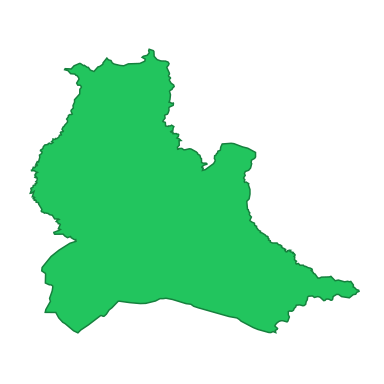 the district of Siakago, Eastern, Kenya, rotated 87°
{"feature_id": "3690345B46140582355746", "entity_name": "Siakago", "entity_type": "district", "adm_level": 2, "iso_a3": "KEN", "parent_name": "Kenya", "parent_adm1": "Eastern", "projection": "equal_earth", "projection_center": [37.759, -0.504], "detail": "fine", "context": "isolated", "style": "filled", "palette": "green", "viewbox_px": 384, "rotation_deg": 87, "n_neighbors": 0, "source": "geoboundaries", "source_scale": "gbopen_adm2", "svg_char_len": 6011}
<svg xmlns="http://www.w3.org/2000/svg" viewBox="0 0 384 384"><g transform="rotate(87 192 192)"><path d="M304.5,344.9L305.2,334.3L310.8,331.6L315.3,327.9L316.9,325.5L324.4,317.5L326.7,313.3L324.0,310.3L319.3,302.4L310.6,289.7L310.7,288.7L311.5,287.2L311.4,286.2L309.5,283.9L305.4,280.9L303.4,278.0L297.3,271.5L297.2,270.4L299.2,260.0L300.7,249.5L300.8,244.0L298.9,234.1L296.8,229.5L297.0,226.5L296.7,223.6L298.3,217.1L303.2,203.7L304.0,199.0L306.2,196.3L308.0,191.7L318.3,161.5L320.1,153.8L321.7,151.5L323.5,149.8L330.6,137.9L332.7,133.4L336.3,122.7L336.5,120.6L335.6,118.4L336.8,115.7L334.6,116.1L333.6,114.1L332.7,113.7L330.4,116.1L329.6,116.1L327.6,114.5L325.8,112.0L325.2,109.8L325.3,108.0L326.7,103.9L326.1,103.1L321.9,101.3L319.8,102.2L316.6,102.1L315.9,100.8L316.3,99.1L316.1,98.0L315.3,96.8L313.6,96.0L312.2,94.4L310.5,93.8L310.4,90.2L311.4,87.2L311.3,86.1L310.2,84.4L307.4,83.7L305.7,82.5L302.9,82.0L302.2,81.1L302.1,77.1L303.7,75.3L303.0,72.0L303.3,70.8L303.8,69.6L307.4,66.1L307.2,64.8L306.0,63.6L306.0,62.5L306.2,60.9L307.4,58.9L307.3,58.0L306.8,57.3L303.8,56.5L301.8,52.9L302.0,50.9L304.3,48.1L305.9,40.4L302.9,36.3L302.7,33.9L300.8,32.7L300.0,30.4L298.8,30.7L298.1,32.8L295.7,34.9L295.3,36.0L293.3,35.7L289.6,38.1L289.9,39.5L289.3,41.3L289.7,44.3L287.6,50.5L288.1,53.7L283.5,57.7L284.0,59.2L283.8,67.3L284.6,69.0L284.5,70.8L280.4,73.4L279.6,75.0L278.8,75.0L276.7,77.0L276.3,75.9L275.1,76.3L274.2,77.9L273.7,79.9L272.2,82.4L272.2,83.5L270.9,84.7L270.8,87.9L268.9,89.6L269.4,91.4L269.0,92.0L267.3,92.0L266.6,91.3L265.0,93.2L262.2,92.8L261.7,93.4L260.3,92.3L259.0,93.1L258.6,94.4L257.7,94.0L256.8,96.8L256.0,97.6L255.4,96.7L255.2,97.6L255.6,99.5L256.4,99.7L256.8,101.1L255.5,102.2L254.9,101.4L254.1,101.6L254.2,102.5L253.4,102.8L252.4,104.8L251.5,105.6L250.8,105.1L249.6,106.4L249.1,108.4L247.4,109.7L247.2,114.2L246.0,116.5L244.7,116.4L244.1,118.0L242.9,117.6L242.3,118.4L240.8,118.4L240.2,119.0L240.0,120.2L238.8,121.0L236.6,124.1L236.0,125.9L234.8,125.6L233.6,127.6L230.7,129.5L229.6,129.3L228.7,131.1L226.4,131.3L225.1,133.9L223.5,135.8L220.1,134.0L218.1,135.6L217.3,135.9L215.7,135.4L214.5,136.4L212.6,136.7L212.2,137.5L204.2,137.8L201.9,135.3L197.1,134.2L192.5,134.0L187.8,135.3L186.7,134.9L184.9,137.4L185.1,139.0L184.2,139.3L182.4,138.6L181.1,139.7L180.4,139.6L178.2,138.0L176.3,138.7L174.3,137.7L173.3,134.3L171.2,132.3L166.8,130.9L165.8,131.4L163.3,130.9L161.7,127.7L160.3,126.7L155.8,126.5L151.2,134.0L149.6,139.2L145.9,147.6L145.4,150.4L145.6,159.3L148.8,161.0L151.8,161.5L152.6,164.0L154.5,164.5L154.8,165.4L156.4,166.2L157.0,167.5L159.9,167.9L160.7,167.3L162.3,167.3L164.8,169.0L170.4,177.6L171.0,180.4L168.8,179.5L168.0,180.9L167.3,180.7L165.7,178.4L165.1,175.7L164.4,175.7L163.9,176.5L163.8,179.5L163.0,180.9L159.2,180.8L158.7,181.5L155.8,182.2L154.5,184.2L153.4,184.5L152.2,185.6L149.0,190.7L148.7,192.4L149.5,196.9L149.4,198.0L147.9,199.9L147.9,202.7L148.6,203.3L148.6,204.1L146.4,204.2L144.7,202.3L140.1,202.2L140.0,200.3L138.3,202.0L137.3,204.2L135.7,202.7L134.0,202.3L133.5,202.8L133.5,204.0L132.9,204.4L132.7,208.0L131.2,207.8L130.9,208.8L131.3,209.6L130.7,210.1L129.3,207.8L127.5,207.6L125.7,206.7L124.2,208.9L124.9,210.1L124.8,211.9L125.3,212.3L124.7,214.9L121.1,215.0L120.1,217.4L119.2,217.1L116.8,215.0L114.1,215.3L113.6,214.7L113.0,212.5L111.6,211.6L109.3,210.7L106.7,210.7L106.0,210.1L104.5,206.3L102.9,205.9L102.2,206.0L102.4,207.6L101.4,208.9L101.1,210.2L98.6,209.2L93.8,208.4L90.3,209.2L89.5,208.7L88.5,206.6L87.4,206.1L85.8,204.3L84.2,204.7L82.2,207.2L79.4,208.7L78.5,208.7L77.1,207.5L76.5,207.7L75.5,209.2L74.6,209.4L72.9,208.3L72.1,208.4L66.2,210.7L63.9,208.7L62.6,208.2L61.0,209.1L59.9,211.6L59.5,216.2L58.0,219.9L54.5,222.7L49.6,222.7L48.8,223.3L47.2,227.3L48.6,227.9L50.7,227.4L53.1,229.5L53.9,233.5L54.9,234.8L56.9,231.7L58.9,232.3L60.9,237.4L60.7,248.9L62.4,253.6L61.8,257.4L60.2,262.9L58.9,264.9L56.5,266.0L55.6,268.6L53.8,270.0L58.3,274.0L59.8,274.4L61.7,277.4L62.2,279.4L66.5,283.6L65.0,287.1L62.1,289.0L62.0,290.1L59.8,293.0L60.1,293.8L57.9,296.6L57.7,297.5L59.8,303.2L62.8,306.2L62.2,312.2L63.2,312.8L64.3,309.5L67.5,307.0L68.1,302.8L69.3,301.9L70.0,300.4L72.0,299.3L73.3,298.9L77.2,301.5L79.3,300.5L79.5,298.1L81.0,297.0L81.7,297.0L83.5,298.6L88.2,299.0L93.7,304.5L96.2,304.6L99.4,306.3L102.0,306.2L103.9,308.3L104.8,308.6L107.9,307.5L108.4,308.6L108.2,309.8L109.1,311.4L110.5,311.6L112.6,313.4L113.8,312.6L115.8,312.7L118.8,315.8L119.9,316.3L120.2,317.2L122.1,318.3L122.8,318.5L124.5,317.3L125.0,317.7L125.2,319.7L125.7,320.3L128.1,319.5L128.4,321.4L130.1,322.0L131.7,324.2L131.4,325.3L132.3,326.0L131.8,328.1L133.2,328.2L134.4,329.6L135.3,328.2L136.2,329.5L136.5,330.3L135.7,331.7L136.1,333.0L137.0,333.3L137.3,336.5L139.0,338.1L140.9,338.7L142.2,341.0L142.9,341.2L143.8,339.8L144.4,339.7L145.8,340.2L147.2,342.4L149.3,342.2L154.0,343.7L153.5,344.9L156.1,346.4L156.3,345.4L157.1,345.0L157.7,345.5L157.7,347.0L159.2,347.4L159.5,348.2L159.0,349.2L161.5,350.2L161.8,351.2L162.4,351.1L162.5,348.0L163.4,347.4L164.3,345.3L165.5,347.3L166.2,347.2L166.8,348.1L168.6,346.8L168.5,347.8L169.1,348.2L170.2,345.8L171.2,345.9L172.9,346.5L173.4,347.4L174.7,346.4L175.3,346.9L175.4,348.1L176.7,348.0L177.2,350.2L179.0,350.6L179.8,352.6L180.5,352.8L181.2,352.1L184.8,353.6L184.7,352.3L183.2,349.8L188.5,351.8L188.7,350.3L189.2,349.5L190.4,350.9L191.3,349.4L192.0,349.8L192.3,348.1L194.0,348.2L194.6,345.9L196.2,345.7L201.5,342.8L203.1,343.6L203.9,343.1L204.6,341.1L205.4,340.6L205.2,339.6L206.0,336.6L207.1,335.6L207.9,332.7L211.7,330.6L212.0,326.6L212.5,326.1L212.8,327.8L214.4,329.2L215.2,327.6L216.7,327.2L216.8,325.9L217.5,325.2L221.7,327.4L222.5,325.4L223.3,326.7L225.1,332.1L226.4,331.8L227.0,331.3L227.3,323.0L229.3,321.3L231.1,318.7L230.1,315.6L231.3,315.1L233.7,311.5L233.4,310.6L235.2,310.4L236.8,316.6L243.2,328.0L249.0,336.1L259.5,345.6L262.9,346.2L265.5,342.8L266.2,342.5L275.2,343.2L277.2,339.4L277.4,337.4L278.5,336.1L279.6,336.0L283.5,336.8L290.8,339.8L293.8,339.1L301.7,344.1L304.5,344.9Z" fill="#22c55e" stroke="#15803d" stroke-width="1.5"/></g></svg>